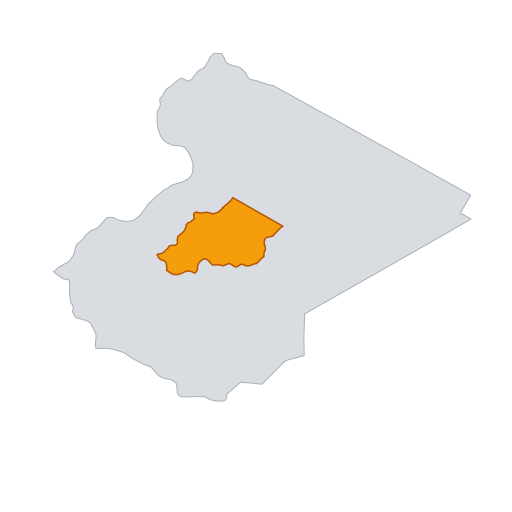 Al Jufrah on a map of Libya (Natural Earth projection), rotated 300°
{"feature_id": "LBY-2964", "entity_name": "Al Jufrah", "entity_type": "Municipality", "adm_level": 1, "iso_a3": "LBY", "parent_name": "Libya", "parent_adm1": "", "projection": "natural_earth1", "projection_center": [16.482, 27.933], "detail": "fine", "context": "in_parent", "style": "filled", "palette": "amber", "viewbox_px": 512, "rotation_deg": 300, "n_neighbors": 0, "source": "natural_earth", "source_scale": "10m", "svg_char_len": 4795}
<svg xmlns="http://www.w3.org/2000/svg" viewBox="0 0 512 512"><g transform="rotate(300 256 256)"><path d="M100.2,160.7L102.7,159.4L106.1,157.9L107.9,156.8L108.6,155.9L111.3,152.1L112.6,150.0L114.5,147.1L115.3,145.1L115.4,143.2L115.1,141.0L113.8,135.6L112.7,130.4L113.7,128.4L114.4,127.4L116.0,125.0L116.7,124.5L120.1,123.7L121.5,122.1L122.5,120.0L122.8,119.0L124.3,117.8L126.1,116.7L127.2,115.3L130.9,113.0L134.1,110.9L138.0,108.8L140.9,107.1L141.6,105.6L141.5,104.4L140.0,101.5L140.0,98.1L140.2,95.2L140.4,93.6L141.1,88.9L141.2,88.3L144.2,89.8L147.3,90.4L156.6,96.2L159.5,96.9L166.0,97.6L173.7,95.2L176.6,94.8L181.6,97.0L183.9,97.6L187.6,97.8L194.0,99.8L195.6,100.5L199.3,103.7L201.1,104.7L214.4,107.6L216.2,109.6L218.0,113.3L218.1,117.9L219.1,121.3L220.7,125.6L222.7,128.7L224.9,131.3L227.4,132.9L233.3,135.3L239.8,136.2L246.5,136.5L257.9,139.8L267.6,143.5L270.0,145.4L274.8,147.2L284.5,156.1L289.9,159.2L293.7,159.8L297.0,159.2L303.0,156.1L305.5,154.3L311.5,146.6L313.4,142.6L314.2,139.8L313.9,137.0L313.2,134.4L311.5,131.7L310.2,128.1L309.5,121.7L310.4,117.3L311.5,114.6L313.3,111.9L318.2,106.7L323.2,103.0L332.0,98.2L337.1,98.2L339.2,97.6L343.4,94.3L345.1,94.1L347.4,95.0L354.4,94.7L357.4,95.7L361.1,97.8L365.8,99.1L369.0,100.4L372.5,102.1L373.4,106.2L373.0,107.5L373.0,109.1L376.6,112.0L386.9,113.3L388.9,114.1L391.8,116.3L393.6,117.0L400.6,117.3L404.7,116.8L408.6,117.6L410.1,118.4L411.6,120.1L413.5,124.3L414.3,125.7L413.5,126.4L412.4,127.8L411.8,129.2L410.0,131.3L408.5,133.5L408.7,136.9L409.1,140.3L410.2,143.6L411.2,147.2L411.0,149.6L410.3,152.6L409.4,155.1L406.5,160.1L406.0,161.4L406.3,163.1L408.2,169.1L408.4,171.0L409.7,176.8L410.8,181.6L412.0,185.3L412.2,186.4L412.3,191.9L412.4,197.4L412.5,202.9L412.6,208.4L412.7,213.9L412.8,219.4L412.9,224.9L413.0,230.4L413.1,235.9L413.2,241.4L413.4,247.0L413.5,252.5L413.6,258.0L413.7,263.5L413.8,269.0L413.9,274.5L414.0,280.0L414.1,285.5L414.2,291.0L414.2,296.5L414.3,302.0L414.4,307.5L414.5,313.0L414.6,318.5L414.7,324.0L414.8,329.5L414.9,335.0L415.0,340.6L415.1,346.1L415.2,351.6L415.2,357.1L415.3,362.6L415.5,374.8L415.7,387.0L415.9,399.2L416.0,411.4L415.9,411.4L415.8,411.5L410.7,411.5L405.6,411.5L400.5,411.5L395.4,411.5L395.4,414.6L395.5,417.6L395.5,420.7L395.5,423.7L385.6,418.0L375.6,412.2L365.6,406.4L355.7,400.6L345.7,394.8L335.8,389.0L325.9,383.2L316.0,377.4L306.1,371.6L296.2,365.8L286.3,360.0L276.4,354.2L266.6,348.4L256.7,342.6L246.9,336.8L237.0,331.1L230.3,327.0L222.9,331.0L217.2,334.0L209.6,338.1L200.9,343.3L194.2,347.3L193.9,347.3L193.6,347.2L186.7,340.4L181.3,335.0L178.9,333.5L168.7,330.8L158.6,328.1L147.9,325.3L146.0,320.9L143.9,316.1L141.0,310.0L139.2,306.3L138.7,305.7L130.5,302.8L121.9,299.9L116.8,301.7L115.9,301.5L114.5,300.5L113.1,299.0L112.4,296.9L110.4,294.1L108.6,287.7L108.5,282.6L108.1,280.8L103.8,273.6L99.8,267.1L97.1,262.8L96.6,260.8L97.0,258.4L98.1,256.2L102.1,253.7L105.7,250.9L106.2,248.9L106.5,243.6L105.4,242.0L104.6,238.8L103.7,234.5L103.7,231.8L105.4,226.3L107.3,220.6L106.2,214.3L105.5,201.6L106.2,191.6L105.9,188.0L105.6,186.5L104.5,181.8L103.1,176.9L102.4,175.2L100.6,171.3L97.6,166.4L96.0,163.5L98.2,161.9L100.2,160.7Z" fill="#d9dde1" stroke="#a8b0b8" stroke-width="1"/><path d="M198.8,185.7L200.6,185.1L203.1,183.2L204.7,182.1L205.5,180.9L205.7,179.6L205.7,177.6L205.3,175.9L205.3,174.1L205.8,172.7L207.0,171.0L207.6,169.7L208.6,170.2L210.1,171.8L211.6,173.6L214.7,174.7L216.6,175.1L218.3,175.8L220.7,175.7L222.0,176.4L222.7,177.1L224.0,179.3L225.5,181.2L228.3,181.6L229.6,180.4L231.5,179.3L233.5,178.6L236.3,179.4L238.2,180.1L239.2,180.8L239.5,180.6L241.9,181.2L245.8,181.0L248.0,180.0L250.5,180.3L252.7,182.3L255.7,183.2L257.7,183.9L259.6,182.1L261.1,181.1L262.6,181.1L264.4,182.7L264.8,184.6L265.7,186.8L267.4,188.9L269.1,191.2L270.0,193.9L270.8,197.4L273.0,199.7L275.8,201.7L279.0,202.7L281.3,203.5L281.3,203.0L285.7,204.6L291.5,206.5L294.9,206.8L295.1,239.6L295.2,251.9L295.2,264.3L294.4,263.9L292.2,263.1L289.4,262.3L286.2,261.6L283.9,261.0L281.9,260.7L279.8,258.7L277.9,256.3L275.5,255.2L272.7,255.9L270.4,257.2L269.5,258.5L266.9,260.6L265.2,261.1L262.6,261.3L261.1,262.3L259.4,263.1L256.4,261.9L252.9,261.1L249.8,260.4L248.6,258.7L247.0,257.4L245.5,256.4L243.3,254.0L242.2,251.5L242.4,248.9L241.2,247.2L240.0,246.4L238.2,245.4L237.2,245.0L236.3,243.7L236.1,241.6L236.2,239.8L236.4,238.0L236.4,237.8L235.9,236.2L234.6,235.3L233.3,234.0L231.9,233.2L231.1,232.4L230.5,230.5L229.9,228.4L228.0,225.3L226.5,222.9L226.5,222.2L226.6,221.7L227.3,219.8L228.1,217.4L228.5,215.4L228.2,213.4L226.5,211.5L225.0,211.1L222.4,210.1L220.7,210.0L218.1,210.3L215.5,211.9L212.9,212.2L210.8,211.8L210.3,210.0L210.3,208.1L209.6,205.4L207.2,202.6L203.6,200.1L202.1,198.8L200.9,197.7L199.8,195.8L198.8,193.8L198.5,191.1L198.7,188.1L198.8,185.7Z" fill="#f59e0b" stroke="#b45309" stroke-width="1.5"/></g></svg>